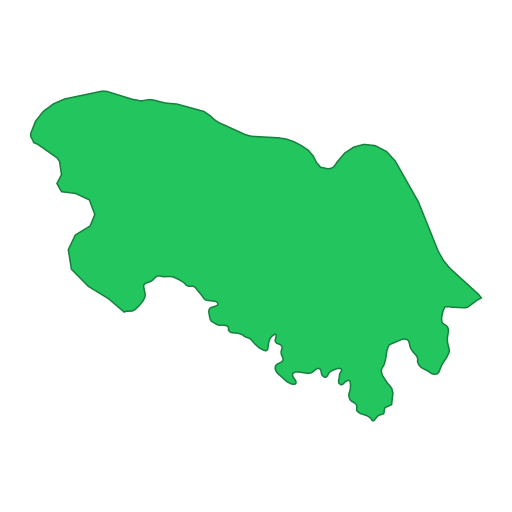 map outline of Bueng Kan (orthographic projection)
{"feature_id": "THA-5499", "entity_name": "Bueng Kan", "entity_type": "Province", "adm_level": 1, "iso_a3": "THA", "parent_name": "Thailand", "parent_adm1": "", "projection": "orthographic", "projection_center": [103.786, 18.105], "detail": "fine", "context": "isolated", "style": "filled", "palette": "green", "viewbox_px": 512, "rotation_deg": 0, "n_neighbors": 0, "source": "natural_earth", "source_scale": "10m", "svg_char_len": 4062}
<svg xmlns="http://www.w3.org/2000/svg" viewBox="0 0 512 512"><path d="M101.8,91.2L106.5,91.3L131.9,99.2L140.5,100.8L142.7,100.7L149.4,99.6L153.4,100.0L165.2,103.0L177.1,104.1L204.1,111.5L210.7,116.2L214.7,119.9L218.7,122.5L245.2,134.6L251.4,136.3L278.4,137.8L286.5,139.1L294.3,141.9L301.7,145.8L308.6,150.5L313.3,156.2L316.4,162.4L320.5,167.2L328.0,168.8L331.4,168.2L333.6,167.0L335.2,164.9L337.2,161.9L344.7,153.1L353.7,147.1L363.9,144.4L375.1,145.6L386.5,151.5L395.2,161.0L418.4,201.9L438.2,251.2L443.5,260.6L449.8,268.2L478.8,294.6L481.3,298.0L477.7,299.8L467.9,307.0L467.2,307.3L466.4,307.5L464.8,307.8L451.8,307.2L451.4,307.1L449.9,306.8L446.6,306.8L445.0,307.1L444.7,307.2L443.1,310.8L441.8,316.4L441.6,319.6L442.0,322.0L442.8,323.3L444.2,324.3L445.5,325.1L446.8,326.1L447.7,327.3L448.3,328.9L448.5,330.7L447.3,338.3L447.5,342.3L449.2,349.4L449.3,351.4L448.2,354.3L446.4,357.9L441.9,364.6L439.3,371.1L438.5,372.8L436.9,374.0L434.0,374.2L432.0,373.8L427.6,370.9L422.0,368.0L420.7,367.0L419.5,365.8L418.6,364.4L417.9,362.9L417.5,361.2L417.7,359.5L417.4,357.8L416.9,356.4L412.7,351.5L411.0,348.9L410.3,347.4L409.0,342.1L408.3,340.6L407.1,339.6L405.4,339.1L403.5,339.1L401.8,339.4L390.8,344.1L389.4,344.8L388.1,347.1L386.9,350.6L385.7,358.6L384.8,362.5L383.9,365.1L382.0,368.2L381.4,369.7L381.4,372.1L382.4,375.3L387.3,383.0L390.2,386.2L391.9,388.8L392.9,393.2L391.6,404.6L384.9,407.7L384.2,410.8L384.1,412.4L383.5,413.7L382.2,414.3L379.1,415.2L377.8,416.0L376.9,416.9L374.4,420.2L373.4,420.8L372.3,420.7L371.1,418.8L369.3,417.1L366.6,415.5L360.7,413.7L358.2,412.1L356.7,410.5L356.7,405.5L356.2,404.3L355.1,403.4L351.4,401.1L350.4,400.1L349.7,399.0L349.2,397.5L348.9,396.0L348.8,394.4L349.2,392.9L349.7,391.4L350.4,388.2L350.5,384.6L350.0,381.3L349.1,380.5L347.7,380.4L345.6,381.6L344.3,382.8L343.1,384.0L342.0,384.7L340.7,384.7L338.9,383.2L338.6,381.6L338.6,380.0L339.1,378.4L339.5,374.9L339.9,373.4L340.6,372.1L341.4,371.1L341.7,370.0L341.2,368.9L339.6,368.4L337.2,368.6L332.6,370.3L330.3,371.6L328.9,373.0L327.5,375.6L326.7,376.7L325.5,377.3L324.1,377.0L322.2,375.4L321.5,373.7L320.8,370.3L320.1,369.1L318.8,368.5L317.2,368.5L315.1,369.9L312.6,372.1L311.3,372.7L309.7,373.2L307.3,373.3L298.0,371.9L294.9,372.0L292.6,373.7L292.6,375.3L293.0,376.8L295.4,380.2L295.9,381.5L296.1,382.8L295.5,383.9L293.8,384.3L291.5,384.0L287.2,381.9L283.8,379.0L282.8,377.9L278.5,374.2L276.7,372.3L275.4,369.7L275.2,368.1L275.3,366.6L276.0,365.3L277.0,364.3L278.2,363.6L280.8,362.4L282.1,361.5L282.8,360.4L283.1,359.1L282.8,357.8L281.6,355.1L281.2,353.7L281.1,352.1L281.3,350.5L282.3,347.7L281.8,346.3L280.5,344.7L276.6,343.2L275.4,341.7L275.1,340.1L275.6,338.7L276.2,335.5L275.8,334.5L274.6,334.3L272.0,336.2L270.6,337.8L269.6,339.5L269.1,341.0L268.7,342.5L267.7,349.2L266.9,350.4L265.5,350.8L262.5,349.7L259.2,347.8L255.0,344.1L251.4,339.9L250.3,339.0L249.1,338.2L246.2,337.2L244.8,336.6L243.6,335.8L242.6,334.9L240.6,334.0L237.7,333.2L231.6,332.7L229.4,331.5L228.4,330.0L228.5,328.4L228.3,326.8L226.7,325.8L224.1,325.2L218.9,325.2L216.6,324.4L211.3,321.2L210.4,319.6L209.8,317.9L208.9,312.9L208.8,311.2L209.1,309.7L209.7,308.5L210.7,307.8L211.4,307.4L215.4,306.2L216.7,305.6L217.7,304.9L218.0,303.9L217.5,302.8L216.6,301.9L214.9,301.3L206.9,300.3L205.2,299.7L204.1,298.8L200.8,294.2L197.2,290.0L195.5,287.7L194.3,286.7L192.4,286.1L188.8,286.3L187.0,285.6L185.7,284.7L184.9,283.6L183.9,282.7L182.7,281.8L178.9,279.6L173.5,277.1L171.9,276.7L170.0,276.5L163.6,276.7L158.9,275.9L157.4,276.1L155.9,276.9L154.6,278.1L152.7,280.1L151.1,281.2L149.5,281.9L146.5,282.9L145.2,283.6L144.1,284.6L143.6,286.2L145.1,294.0L145.1,295.8L144.8,297.4L143.8,299.5L142.3,301.9L138.8,306.0L135.4,309.3L133.1,310.7L131.5,311.1L126.0,311.3L124.2,312.1L108.5,298.7L88.4,286.4L71.4,269.2L68.3,249.6L75.3,235.0L90.1,226.0L94.8,214.6L89.4,199.9L75.4,193.4L61.5,191.7L56.9,183.5L61.5,174.6L59.7,162.7L59.8,161.8L57.0,157.8L37.7,144.3L33.7,142.6L32.7,139.9L31.5,138.1L30.7,136.1L30.9,133.0L35.6,121.1L43.4,111.3L53.5,103.8L64.8,98.9L101.8,91.2Z" fill="#22c55e" stroke="#15803d" stroke-width="1.5"/></svg>